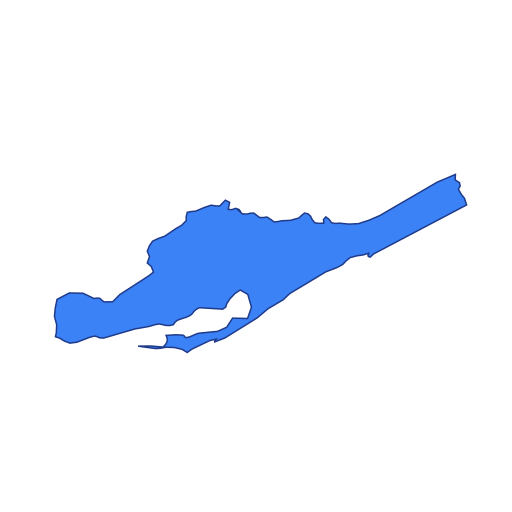 the border of Puttalama, rotated 249°
{"feature_id": "LKA-2462", "entity_name": "Puttalama", "entity_type": "District", "adm_level": 1, "iso_a3": "LKA", "parent_name": "Sri Lanka", "parent_adm1": "", "projection": "natural_earth1", "projection_center": [79.891, 7.922], "detail": "fine", "context": "isolated", "style": "filled", "palette": "blue", "viewbox_px": 512, "rotation_deg": 249, "n_neighbors": 0, "source": "natural_earth", "source_scale": "10m", "svg_char_len": 2298}
<svg xmlns="http://www.w3.org/2000/svg" viewBox="0 0 512 512"><g transform="rotate(249 256 256)"><path d="M228.2,470.9L215.8,366.5L214.0,362.2L215.2,360.8L216.1,360.6L218.2,362.2L218.6,356.5L220.1,349.8L220.4,346.6L220.8,343.4L219.2,338.4L217.0,333.8L216.6,330.8L216.2,327.7L216.2,315.5L209.6,278.2L208.8,273.9L205.4,265.7L202.5,248.5L197.8,234.9L190.6,197.4L190.6,186.7L191.8,187.3L192.0,187.5L192.0,187.9L192.6,189.0L193.6,182.8L192.1,163.2L190.6,157.2L195.3,153.6L199.8,147.0L203.0,139.5L204.3,133.1L205.6,129.0L214.1,113.6L214.0,113.9L209.7,125.5L204.3,136.5L205.5,139.2L205.8,139.9L207.9,142.3L210.7,143.6L214.1,143.6L211.3,152.6L208.4,159.3L207.1,160.4L205.8,160.6L204.8,161.5L204.3,165.0L204.6,172.9L204.3,175.4L199.4,193.2L199.6,196.5L200.0,203.1L205.0,210.0L206.4,211.9L200.7,225.7L209.8,233.4L223.1,234.6L229.9,229.1L228.6,223.1L226.4,218.5L225.6,216.7L224.6,215.3L222.0,211.6L219.2,209.5L218.3,205.9L228.0,184.7L227.6,180.8L226.4,178.0L224.9,175.6L224.1,173.1L223.8,169.1L224.2,162.2L224.1,159.3L223.9,158.7L223.1,156.4L222.7,155.9L222.1,155.3L221.5,153.9L222.1,150.2L223.5,147.0L227.2,141.4L228.0,137.7L228.6,130.7L231.3,116.8L234.0,84.3L235.7,80.6L237.6,78.8L239.1,76.6L239.7,71.7L239.7,57.9L241.3,51.1L245.2,46.7L249.8,43.1L252.5,39.8L255.8,42.0L263.3,45.3L271.8,46.2L279.1,49.8L286.8,54.7L288.4,68.5L283.2,81.2L274.3,89.6L273.9,92.0L272.6,94.9L267.7,97.5L264.6,105.8L268.8,115.1L275.9,148.6L277.7,154.5L283.7,154.5L288.5,152.0L293.6,156.4L299.4,156.2L303.7,160.1L306.9,164.8L307.4,171.2L307.2,177.8L310.3,191.0L311.3,197.5L314.0,203.5L317.9,205.0L321.4,207.5L320.7,211.5L319.5,215.9L319.8,224.8L319.5,232.4L317.3,236.1L315.7,240.0L319.1,247.4L315.5,250.6L309.5,246.8L307.9,250.0L307.8,254.0L305.6,256.7L303.8,257.3L304.0,256.7L304.3,256.2L300.1,258.4L298.3,263.0L297.9,266.4L296.8,269.4L290.7,273.1L289.3,276.5L288.5,280.1L285.0,282.8L281.3,285.1L280.3,288.7L279.7,292.6L277.0,300.7L276.1,309.5L277.6,313.2L278.7,316.7L276.7,319.7L273.6,321.2L269.5,321.6L265.8,322.9L263.8,326.8L262.4,331.1L265.9,332.1L267.5,335.2L264.1,337.3L259.9,338.5L257.9,341.8L256.8,345.6L252.5,354.1L249.5,363.2L248.9,374.6L249.4,386.1L260.0,451.6L260.7,471.4L255.7,469.2L251.5,472.2L248.1,471.7L245.9,468.9L240.3,469.7L235.0,471.3L228.2,470.9Z" fill="#3b82f6" stroke="#1e3a8a" stroke-width="1.5"/></g></svg>